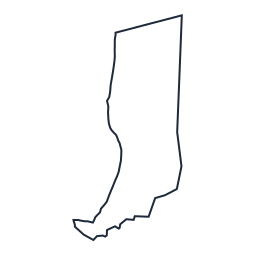 Faysal, As Suways, Egypt (Robinson projection), rotated 88°
{"feature_id": "37247803B30609980444918", "entity_name": "Faysal", "entity_type": "district", "adm_level": 2, "iso_a3": "EGY", "parent_name": "Egypt", "parent_adm1": "As Suways", "projection": "robinson", "projection_center": [32.277, 30.117], "detail": "fine", "context": "isolated", "style": "outline", "palette": "slate", "viewbox_px": 256, "rotation_deg": 88, "n_neighbors": 0, "source": "geoboundaries", "source_scale": "gbopen_adm2", "svg_char_len": 1163}
<svg xmlns="http://www.w3.org/2000/svg" viewBox="0 0 256 256"><g transform="rotate(88 128 128)"><path d="M238.7,166.5L235.0,162.8L234.6,157.0L235.7,154.6L234.6,153.0L229.2,152.5L225.8,144.4L228.2,140.8L227.8,140.0L223.9,139.1L219.1,132.8L220.0,125.6L216.4,124.3L217.4,110.5L199.0,103.3L196.5,93.5L191.0,81.9L190.7,81.4L190.2,81.2L169.4,76.2L168.1,75.9L153.6,77.2L133.8,79.0L84.5,75.3L71.1,74.3L17.5,70.3L17.3,70.3L23.9,99.7L24.3,101.5L26.5,111.3L30.6,129.4L32.3,137.1L34.7,137.2L39.0,138.1L44.2,138.3L50.2,138.6L56.4,138.7L61.2,139.3L65.3,140.0L70.3,140.9L77.7,142.4L84.3,143.8L90.6,144.5L96.2,145.6L100.2,148.0L105.7,146.9L111.8,147.4L118.2,147.3L123.0,146.9L127.2,145.8L129.6,144.5L132.3,142.2L134.6,140.1L137.4,139.0L139.9,138.3L142.9,136.9L149.6,135.4L155.1,135.7L160.6,136.3L166.5,137.7L171.6,138.9L175.6,140.5L180.8,143.0L186.1,145.3L189.9,147.1L194.8,149.3L200.9,151.8L204.3,154.6L207.6,157.8L211.3,158.9L213.5,161.3L216.0,163.8L219.2,165.2L221.3,166.4L219.9,171.4L219.6,175.2L218.6,179.7L218.2,180.7L218.0,185.7L219.3,185.5L222.6,184.5L224.8,184.5L230.5,178.6L233.1,175.9L233.8,174.7L238.7,166.5Z" fill="none" stroke="#1e293b" stroke-width="2"/></g></svg>